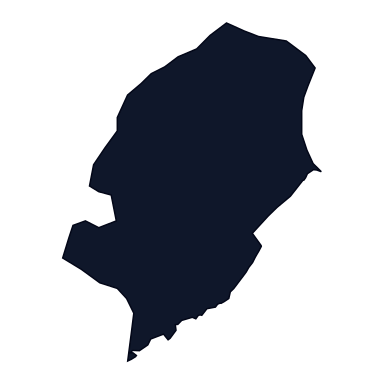 the district of Lythrodontas, Nicosia, Cyprus
{"feature_id": "46923920B22593785747920", "entity_name": "Lythrodontas", "entity_type": "district", "adm_level": 2, "iso_a3": "CYP", "parent_name": "Cyprus", "parent_adm1": "Nicosia", "projection": "equal_earth", "projection_center": [33.288, 34.939], "detail": "fine", "context": "isolated", "style": "filled", "palette": "ink", "viewbox_px": 384, "rotation_deg": 0, "n_neighbors": 0, "source": "geoboundaries", "source_scale": "gbopen_adm2", "svg_char_len": 1222}
<svg xmlns="http://www.w3.org/2000/svg" viewBox="0 0 384 384"><path d="M286.3,41.0L258.5,36.5L244.0,30.9L226.5,23.0L210.1,35.4L196.7,48.9L178.1,56.8L164.7,66.9L151.3,73.6L141.0,83.7L127.6,95.0L117.3,117.5L117.3,130.9L105.0,147.8L93.6,164.7L89.5,186.0L98.8,191.7L111.2,195.0L116.3,220.9L98.8,227.7L85.4,220.9L73.0,225.4L68.9,237.8L62.7,258.0L81.3,269.3L99.8,282.8L117.3,288.4L126.6,298.5L133.8,313.2L131.7,330.0L127.7,361.0L131.3,359.3L135.5,356.7L136.4,355.5L132.9,352.8L130.3,352.8L132.7,350.4L139.4,350.7L147.8,344.9L150.7,339.0L163.5,334.1L168.1,339.8L170.1,338.3L176.0,330.3L175.3,324.6L177.8,324.4L181.7,320.4L192.3,317.3L195.8,318.8L198.3,315.4L200.0,314.9L201.8,315.3L206.9,308.7L215.4,307.1L217.6,304.2L219.9,303.2L221.1,303.3L224.2,301.6L228.8,298.5L230.3,291.9L233.7,288.6L243.6,275.5L246.2,272.0L248.8,267.4L252.6,262.5L255.2,257.3L257.2,253.8L258.7,251.3L261.3,246.4L261.1,245.5L252.3,233.3L261.3,223.5L267.8,216.4L269.0,215.2L277.0,207.4L290.4,196.2L302.8,180.4L303.9,180.1L305.6,177.7L307.4,173.7L313.4,169.7L316.7,170.0L320.8,171.5L321.3,171.7L313.1,163.6L306.9,150.1L301.7,134.3L301.7,110.7L303.8,97.2L307.9,86.0L315.1,68.0L305.8,55.6L286.3,41.0Z" fill="#0f172a" stroke="#020617" stroke-width="1.5"/></svg>